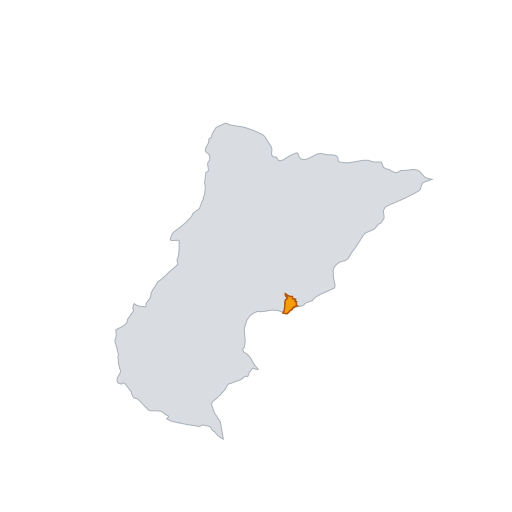 Zangba, Basse-Kotto, Central African Republic shown in context, rotated 323°
{"feature_id": "33826404B2530322918847", "entity_name": "Zangba", "entity_type": "district", "adm_level": 2, "iso_a3": "CAF", "parent_name": "Central African Republic", "parent_adm1": "Basse-Kotto", "projection": "mercator", "projection_center": [20.794, 4.708], "detail": "fine", "context": "in_parent", "style": "filled", "palette": "amber", "viewbox_px": 512, "rotation_deg": 323, "n_neighbors": 0, "source": "geoboundaries", "source_scale": "gbopen_adm2", "svg_char_len": 5541}
<svg xmlns="http://www.w3.org/2000/svg" viewBox="0 0 512 512"><g transform="rotate(323 256 256)"><path d="M346.1,196.8L350.3,197.9L351.1,199.2L349.9,203.5L350.7,206.2L353.1,208.4L355.5,209.4L357.9,209.9L365.9,211.3L369.3,212.9L373.7,217.9L379.3,222.5L380.6,224.9L380.4,227.1L378.7,229.8L379.0,230.9L381.6,233.5L384.5,236.3L389.8,239.3L399.1,244.0L403.4,247.2L404.8,249.6L407.2,252.3L410.5,254.7L412.7,256.5L411.2,261.7L411.7,263.4L412.5,264.9L414.4,267.0L415.2,269.6L417.1,272.9L419.4,274.4L423.2,274.9L425.2,276.5L429.4,279.1L433.5,281.4L435.2,282.9L436.3,284.3L437.2,285.9L437.7,287.6L437.8,291.1L438.5,295.4L440.7,298.4L442.7,300.7L434.4,298.1L433.2,298.0L431.7,298.5L427.4,301.6L426.0,302.0L420.5,301.4L407.3,298.9L397.1,296.5L394.1,295.6L388.6,294.8L385.0,296.4L381.7,302.0L380.7,303.1L375.4,304.8L372.9,304.3L366.8,305.8L357.3,303.5L353.9,304.0L351.3,305.2L344.5,307.7L340.4,309.1L335.6,310.4L331.0,312.4L328.0,313.5L325.0,313.5L322.3,312.4L319.3,311.4L315.7,311.2L312.1,311.8L308.9,314.0L307.7,315.6L304.9,319.8L301.7,326.7L300.5,328.1L299.3,328.8L284.5,325.4L278.2,324.6L273.9,325.6L268.5,323.7L266.1,323.4L265.0,324.0L262.0,323.1L257.1,320.8L252.4,319.8L248.2,320.1L245.7,319.3L243.6,317.1L240.9,312.9L236.1,308.7L229.7,305.4L225.6,302.9L224.0,301.2L220.6,300.3L215.2,300.1L210.1,301.8L202.8,307.0L196.0,317.6L192.2,321.6L189.1,322.7L188.4,325.3L189.9,329.3L190.3,334.0L189.2,342.0L189.6,347.7L188.0,346.8L186.4,344.1L185.7,343.6L181.2,344.8L178.9,345.9L177.6,347.0L176.7,347.1L175.2,345.6L174.1,345.4L172.3,345.7L170.5,345.6L169.4,345.4L168.6,345.6L166.5,344.7L158.7,342.5L157.4,341.7L155.8,341.8L151.8,343.7L149.7,344.3L143.3,345.5L136.5,346.1L133.8,346.1L132.0,347.0L130.9,348.2L128.7,355.5L128.2,356.8L128.3,358.6L127.7,364.5L127.9,366.4L119.7,382.6L118.4,379.9L117.5,376.7L117.2,373.1L117.4,372.1L116.9,371.0L116.2,368.1L116.8,366.2L116.3,364.2L114.7,362.2L113.2,360.7L112.4,359.3L111.7,358.8L110.1,358.6L108.0,357.9L98.9,348.4L89.4,337.7L87.5,334.2L86.7,332.2L89.0,332.0L89.6,331.6L89.6,330.7L88.2,328.0L87.5,324.5L86.3,322.3L82.6,319.1L79.1,316.6L77.9,315.3L77.3,313.5L75.9,301.9L75.3,298.6L74.2,297.2L73.4,296.5L73.1,295.7L73.2,293.7L73.7,291.8L73.7,291.1L74.6,289.5L74.6,278.8L73.5,277.3L71.4,277.3L70.2,275.7L69.3,273.8L69.6,272.4L71.6,270.2L73.0,269.4L77.0,267.7L78.2,266.8L78.9,265.7L79.3,264.3L81.7,258.8L85.2,253.3L86.7,252.2L90.2,244.1L91.0,242.0L91.6,239.9L92.7,238.3L96.6,235.5L99.5,230.7L102.6,231.0L105.9,231.8L110.0,232.1L113.2,231.2L115.3,229.3L125.4,226.1L126.1,223.5L127.7,222.2L129.5,221.0L130.2,220.8L130.3,221.7L131.4,224.3L133.7,227.0L137.0,229.9L138.0,229.8L140.1,227.5L145.3,226.2L146.6,225.6L150.3,222.3L154.8,220.2L157.4,219.5L161.9,217.4L165.1,217.7L170.3,217.3L178.9,216.3L185.1,216.0L188.3,215.6L189.1,215.1L190.3,212.0L191.2,211.1L193.5,209.8L198.1,205.1L201.1,201.1L202.0,199.7L202.6,199.5L203.9,197.8L202.7,196.1L197.5,192.6L197.6,192.1L197.3,191.5L197.6,191.0L199.6,189.6L202.2,187.9L205.0,187.3L212.3,187.4L218.6,187.1L220.1,187.2L224.9,186.3L228.3,185.6L231.7,183.9L239.4,184.1L245.9,179.8L247.8,179.0L248.6,178.3L248.8,177.7L251.9,176.0L255.2,172.4L257.9,169.2L258.7,167.0L266.0,159.3L268.5,159.5L269.8,158.6L272.7,153.5L273.6,152.5L276.6,151.6L278.0,150.1L279.3,147.9L279.3,145.1L278.7,142.9L278.7,141.8L279.4,140.8L280.6,139.8L286.2,137.0L287.6,135.7L288.4,134.5L290.0,134.3L291.7,134.4L292.7,133.7L294.0,132.4L297.8,130.7L301.4,129.4L305.1,130.0L311.9,131.7L314.0,135.3L314.9,136.6L323.3,145.2L324.9,147.3L329.1,153.5L331.6,157.7L334.6,163.8L334.8,167.1L334.5,169.9L333.9,177.9L333.1,180.1L329.4,184.4L329.3,186.4L330.0,188.0L331.2,188.6L331.8,189.4L331.4,193.2L332.7,194.6L335.5,195.6L342.5,196.2L346.1,196.8Z" fill="#d9dde1" stroke="#a8b0b8" stroke-width="1"/><path d="M261.5,314.2L260.9,313.2L260.5,313.1L259.8,313.0L259.7,312.6L259.6,312.1L259.9,311.5L260.5,310.9L260.7,310.4L260.5,310.0L260.0,309.8L259.3,309.3L259.0,309.0L258.7,308.5L258.5,308.0L258.4,307.8L258.1,307.5L258.0,307.2L257.8,307.0L257.3,307.0L257.3,306.7L257.5,306.1L257.1,305.5L257.0,305.1L257.2,304.6L257.1,304.4L256.7,303.7L255.6,305.6L255.8,307.1L255.9,308.5L255.0,308.6L254.3,308.9L253.8,308.7L253.2,308.7L252.8,309.0L252.0,309.9L251.0,310.4L250.8,311.3L250.4,311.4L250.1,311.6L249.3,313.0L247.8,314.5L245.9,316.3L243.1,317.7L243.1,317.8L243.4,317.9L243.5,317.9L243.6,318.1L243.8,318.3L243.9,318.5L244.1,318.7L244.2,318.8L244.4,319.0L244.5,319.2L244.5,319.3L244.6,319.5L244.8,319.6L244.9,319.8L245.0,319.8L245.2,320.0L245.3,320.1L245.5,320.2L245.7,320.3L245.8,320.5L246.1,320.6L246.3,320.7L246.3,320.8L246.5,320.8L246.7,320.7L246.8,320.6L247.0,320.6L247.1,320.8L247.3,320.8L247.4,320.7L247.5,320.6L247.8,320.6L248.0,320.6L248.3,320.5L248.5,320.6L248.8,320.6L249.0,320.4L249.4,320.4L249.5,320.4L249.8,320.3L249.9,320.2L250.0,320.2L250.3,320.2L250.5,320.2L250.8,320.2L251.3,320.3L251.4,320.2L251.5,320.2L251.8,320.3L252.0,320.3L252.3,320.5L252.5,320.5L252.7,320.4L252.8,320.3L253.0,320.2L253.3,320.0L253.4,319.9L253.5,319.9L253.7,319.7L253.8,319.6L254.0,319.6L254.3,319.7L254.5,319.7L254.8,319.7L255.0,319.6L255.3,319.6L255.4,319.8L255.5,319.9L255.9,319.8L256.0,319.8L256.4,319.9L256.5,319.9L256.8,319.8L257.0,319.8L257.3,319.9L257.4,320.0L257.6,320.0L257.8,320.1L258.0,320.1L258.3,320.3L258.5,320.5L258.8,320.6L259.0,320.7L258.7,320.0L258.8,319.2L259.3,318.9L259.8,318.2L260.0,318.0L260.0,317.7L260.0,317.3L260.1,317.2L260.2,316.8L260.2,316.5L260.4,316.3L260.7,316.4L260.6,316.2L260.3,316.1L260.2,315.8L260.0,315.6L260.5,315.1L261.3,314.2L261.5,314.2Z" fill="#f59e0b" stroke="#b45309" stroke-width="1.5"/></g></svg>